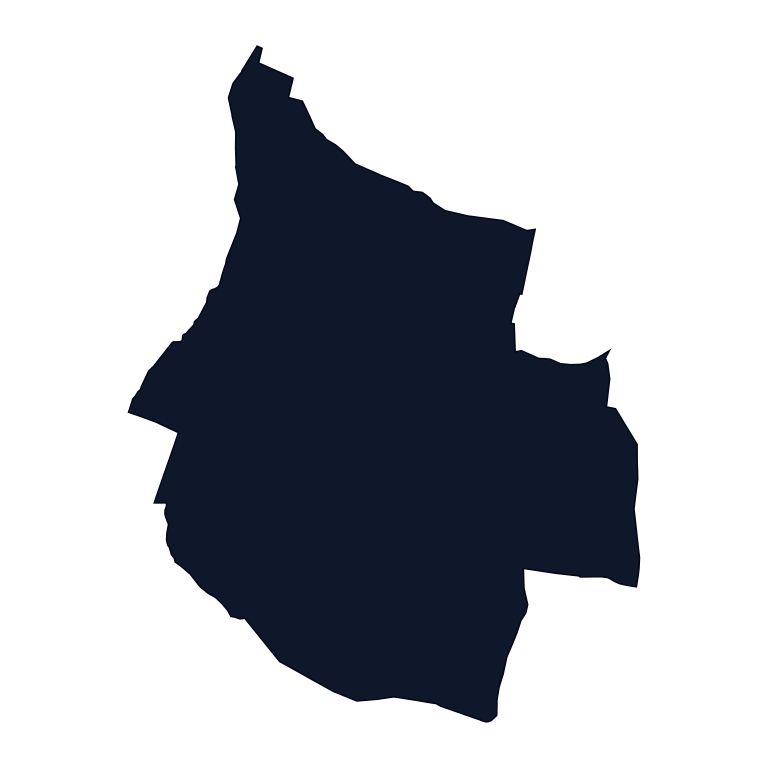 outline of Tepeyahualco de Cuauhtémoc, Puebla, Mexico
{"feature_id": "50627088B31864434052112", "entity_name": "Tepeyahualco de Cuauhtémoc", "entity_type": "district", "adm_level": 2, "iso_a3": "MEX", "parent_name": "Mexico", "parent_adm1": "Puebla", "projection": "robinson", "projection_center": [-97.87, 18.81], "detail": "fine", "context": "isolated", "style": "filled", "palette": "ink", "viewbox_px": 768, "rotation_deg": 0, "n_neighbors": 0, "source": "geoboundaries", "source_scale": "gbopen_adm2", "svg_char_len": 2947}
<svg xmlns="http://www.w3.org/2000/svg" viewBox="0 0 768 768"><path d="M496.7,715.4L496.9,708.9L497.0,699.8L499.1,687.1L503.2,673.9L506.8,657.0L511.9,645.2L517.0,632.5L520.9,620.6L525.8,613.0L527.7,604.6L524.0,588.4L523.4,568.4L555.0,573.2L578.9,575.9L580.1,577.0L592.3,576.8L601.9,576.8L607.9,577.6L614.9,581.6L619.5,583.6L626.3,585.2L636.4,586.8L638.0,576.7L639.0,568.6L639.5,557.6L637.7,542.2L635.4,521.3L634.0,508.8L635.9,493.2L637.7,479.5L637.6,473.5L637.2,461.1L637.1,444.4L615.5,408.7L606.4,406.9L606.5,406.5L609.7,378.9L608.2,367.5L607.7,363.7L605.4,358.4L609.5,350.5L598.4,357.4L586.5,363.2L580.2,364.4L570.7,364.7L560.5,363.7L550.1,359.2L545.1,358.7L538.7,358.4L521.5,350.7L515.2,351.8L514.2,323.8L510.8,323.3L514.5,307.4L514.8,307.3L519.5,294.2L519.6,293.8L521.8,294.2L521.9,293.9L525.6,276.0L527.7,265.9L530.4,253.2L532.2,243.3L533.8,235.8L535.2,229.3L529.6,230.2L526.8,230.6L503.2,220.6L486.3,218.4L467.5,215.9L445.1,210.7L433.2,203.1L429.9,198.1L422.3,192.4L413.1,191.3L408.2,186.3L398.3,182.2L381.1,175.4L355.0,163.9L343.1,151.3L335.6,145.0L326.5,139.6L322.4,134.3L315.2,128.9L309.7,116.6L302.4,101.2L288.4,97.5L293.1,78.3L292.5,78.0L258.6,62.9L262.1,48.3L257.1,46.1L257.0,46.3L244.7,66.2L241.8,70.9L241.8,71.7L238.9,75.5L233.2,83.2L232.9,83.9L231.6,87.9L228.6,97.3L228.5,97.8L228.5,98.0L232.2,115.5L232.1,116.1L235.8,131.9L235.8,132.6L235.6,149.5L235.7,150.2L236.1,165.6L235.7,166.7L238.9,184.1L238.9,184.5L238.8,184.9L234.7,198.9L234.5,199.5L240.8,218.7L240.4,219.3L236.9,232.9L236.7,233.5L226.6,258.7L226.4,259.8L225.6,264.3L225.3,265.0L222.8,272.5L219.4,284.9L217.7,287.2L215.0,288.8L212.0,289.6L209.8,291.2L207.1,297.9L206.8,302.2L198.3,318.2L194.4,321.7L194.3,323.3L193.8,325.0L188.6,330.5L186.1,333.5L183.5,334.6L182.6,336.1L182.3,339.9L181.7,341.0L180.2,341.6L176.6,341.9L173.5,341.9L172.3,342.5L154.6,365.0L153.8,366.1L149.0,370.7L148.0,372.4L141.2,387.0L140.7,388.8L140.0,390.1L138.7,391.1L137.5,392.4L135.4,396.1L134.0,397.5L132.5,399.2L132.4,400.3L128.5,412.3L138.6,415.7L156.0,422.1L178.4,432.6L173.6,446.8L169.1,459.8L167.0,465.7L160.6,484.3L160.2,485.3L160.1,485.7L158.4,490.5L155.4,499.4L154.2,502.9L166.4,502.9L166.6,504.9L166.0,507.7L165.1,509.7L164.9,513.7L165.5,516.7L165.8,517.2L166.2,518.3L167.7,522.2L168.5,524.3L166.9,533.1L166.5,540.1L166.7,541.0L167.7,545.1L169.2,547.0L170.5,551.3L170.8,552.3L171.4,554.5L174.2,558.0L175.2,562.0L181.1,566.3L186.0,570.4L187.4,571.7L189.9,573.7L196.6,582.3L197.2,583.1L200.4,587.0L208.2,593.3L210.6,594.7L215.1,597.2L215.6,597.5L222.2,603.9L227.7,610.4L228.1,611.2L230.1,614.9L231.0,616.5L235.2,617.2L240.0,618.9L244.8,618.3L251.0,626.0L275.5,656.4L278.6,660.2L279.6,661.5L286.7,665.4L315.1,681.3L333.1,691.3L356.8,701.0L377.9,699.2L390.4,697.3L393.8,696.9L400.4,697.8L409.2,699.2L419.4,700.8L427.7,702.3L436.1,703.6L440.5,706.1L473.6,717.7L479.0,719.5L482.6,720.9L486.1,721.9L488.6,721.6L491.5,720.3L496.7,715.4Z" fill="#0f172a" stroke="#020617" stroke-width="1.5"/></svg>